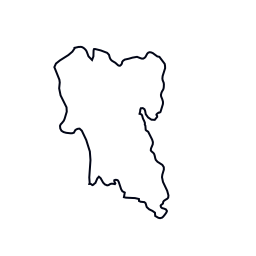 map outline of Lumbini (Natural Earth projection), rotated 64°
{"feature_id": "NPL-1127", "entity_name": "Lumbini", "entity_type": "Administrative Zone", "adm_level": 1, "iso_a3": "NPL", "parent_name": "Nepal", "parent_adm1": "", "projection": "natural_earth1", "projection_center": [83.543, 27.795], "detail": "fine", "context": "isolated", "style": "outline", "palette": "ink", "viewbox_px": 256, "rotation_deg": 64, "n_neighbors": 0, "source": "natural_earth", "source_scale": "10m", "svg_char_len": 2701}
<svg xmlns="http://www.w3.org/2000/svg" viewBox="0 0 256 256"><g transform="rotate(64 128 128)"><path d="M168.6,173.5L166.2,174.3L161.1,174.6L159.0,175.5L159.9,177.7L163.1,181.4L163.3,182.7L163.8,184.0L163.7,185.1L162.7,185.5L162.0,186.0L161.3,187.3L161.1,187.1L160.5,186.5L155.5,184.5L140.4,175.8L132.4,172.6L120.5,170.8L110.2,170.7L107.4,171.8L106.8,173.1L106.6,174.7L106.8,176.3L108.5,178.7L108.3,180.3L107.6,181.9L105.2,185.7L103.4,187.7L101.3,189.0L98.8,189.1L96.3,188.2L95.2,186.9L94.5,185.0L93.3,182.5L91.9,180.9L86.5,175.9L82.5,174.2L69.1,174.3L62.2,172.5L57.2,169.4L54.5,168.5L41.0,167.5L38.5,164.5L37.4,159.5L36.3,149.6L35.0,144.5L33.1,141.2L32.5,141.0L32.5,140.9L32.8,139.8L33.5,136.8L34.2,135.3L34.6,134.5L35.2,133.8L36.0,133.2L37.2,132.5L39.2,131.8L40.9,131.6L46.3,132.1L51.1,130.5L48.5,127.7L43.5,125.1L42.2,124.1L42.4,123.3L42.7,122.8L46.4,118.4L51.3,113.8L53.9,113.0L56.5,113.5L57.9,113.6L59.3,113.4L60.6,112.9L63.8,110.8L67.3,109.4L68.0,108.8L68.5,108.0L68.2,106.6L67.8,105.8L67.1,105.0L66.1,104.3L65.4,103.0L65.1,100.9L66.1,96.8L66.7,93.2L68.0,88.7L70.9,86.0L71.8,85.0L72.3,83.9L72.2,82.3L71.7,81.0L69.6,78.1L69.2,76.8L69.3,75.5L70.1,74.2L71.5,72.9L76.5,70.3L77.8,68.6L86.4,66.9L88.2,67.4L90.5,68.4L96.5,74.1L98.6,75.4L100.2,75.9L103.0,76.1L104.5,76.6L106.9,77.9L108.3,78.9L109.2,80.0L110.0,81.3L111.0,82.5L112.7,83.9L114.2,84.4L117.2,84.6L119.5,85.0L120.9,85.6L122.1,86.4L127.1,91.1L127.8,91.8L128.0,92.9L127.6,93.6L127.8,95.1L128.3,96.5L129.0,96.7L129.9,96.5L130.8,96.9L132.4,100.4L130.8,103.3L127.3,105.3L123.4,106.0L120.1,105.1L118.3,105.0L116.6,106.0L115.9,107.8L116.9,108.9L118.7,110.0L120.3,111.4L121.6,110.0L122.8,109.8L126.0,110.4L129.1,110.4L130.9,110.6L132.3,111.4L133.6,111.4L137.4,112.9L138.2,112.7L140.2,111.5L149.0,111.4L151.6,111.8L153.5,112.9L156.5,116.3L158.0,117.3L159.1,117.2L161.6,116.1L162.8,115.9L164.3,116.1L167.3,116.8L168.8,117.0L171.3,116.3L176.2,113.3L178.9,113.0L181.1,114.0L185.0,117.6L187.1,119.0L191.8,120.2L201.6,120.3L206.3,121.2L208.2,122.4L208.8,123.7L208.9,125.4L209.2,127.6L209.8,128.7L211.2,129.7L211.5,130.8L211.7,132.0L212.1,132.7L212.8,132.9L213.8,133.0L215.0,132.4L216.3,130.9L217.8,129.6L219.7,129.4L220.8,130.6L222.0,132.8L223.1,135.2L223.5,136.7L223.1,138.7L222.0,140.1L219.0,142.1L215.9,140.9L213.2,142.4L210.4,144.6L207.4,145.8L205.7,145.6L204.3,145.3L203.1,145.2L201.8,145.8L199.8,149.0L198.4,150.1L196.6,149.3L194.1,152.4L189.7,160.4L188.4,162.0L184.6,159.2L182.4,160.8L180.0,161.0L172.6,160.0L171.3,160.0L170.4,160.2L169.6,161.1L169.0,162.2L169.0,163.3L170.0,163.7L172.3,163.7L172.7,164.4L171.5,166.0L170.7,167.5L170.6,169.0L170.8,170.5L170.4,171.9L168.7,173.4L168.6,173.5Z" fill="none" stroke="#020617" stroke-width="2"/></g></svg>